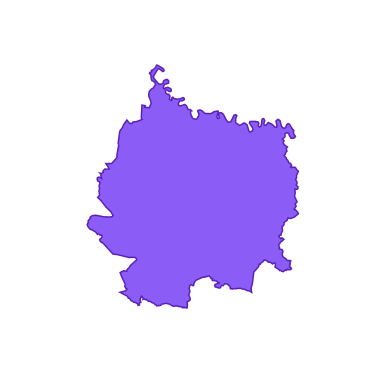 Tepalcatepec, Michoacán, Mexico (Natural Earth projection), rotated 322°
{"feature_id": "50627088B49343756541823", "entity_name": "Tepalcatepec", "entity_type": "district", "adm_level": 2, "iso_a3": "MEX", "parent_name": "Mexico", "parent_adm1": "Michoacán", "projection": "natural_earth1", "projection_center": [-102.812, 19.079], "detail": "fine", "context": "isolated", "style": "filled", "palette": "violet", "viewbox_px": 384, "rotation_deg": 322, "n_neighbors": 0, "source": "geoboundaries", "source_scale": "gbopen_adm2", "svg_char_len": 6030}
<svg xmlns="http://www.w3.org/2000/svg" viewBox="0 0 384 384"><g transform="rotate(322 192 192)"><path d="M89.5,153.0L88.8,154.4L88.7,158.4L89.8,160.1L91.5,164.3L91.4,167.2L92.6,167.3L93.0,169.4L94.0,170.0L94.1,171.3L93.6,171.8L92.0,172.5L90.1,172.5L89.4,174.0L89.6,176.0L90.2,176.6L90.5,178.4L91.5,192.1L95.0,195.8L102.2,205.0L106.2,207.8L107.0,208.9L107.1,211.0L106.5,211.4L98.1,212.0L96.1,212.8L92.9,213.2L91.7,214.3L89.7,212.0L85.8,211.2L84.5,215.1L82.6,223.7L80.9,225.0L80.5,227.6L81.1,228.3L80.8,228.8L78.9,229.0L73.5,226.7L77.0,234.6L76.4,236.4L77.0,236.7L77.4,238.8L77.0,239.5L77.2,240.4L77.8,241.1L78.1,242.9L79.2,244.0L80.4,246.9L79.7,248.2L81.0,248.7L82.5,247.0L83.9,247.4L84.3,245.5L85.2,244.9L85.3,244.3L87.9,243.1L88.3,242.5L88.0,245.8L87.3,246.4L88.0,246.5L89.2,248.3L89.8,248.3L90.4,251.5L91.6,252.2L92.6,255.1L93.5,255.9L93.6,258.3L94.3,259.2L94.2,260.2L97.7,262.1L99.2,261.8L102.9,263.7L105.2,266.4L106.8,270.4L110.4,272.8L110.7,273.8L113.0,275.9L113.2,277.3L113.9,277.8L114.7,277.6L115.0,278.7L116.1,279.4L116.4,280.3L117.5,279.8L117.9,279.0L118.9,278.2L120.6,275.5L122.0,276.0L124.0,275.9L125.1,274.6L126.2,270.8L128.3,269.8L129.5,268.5L130.3,266.3L132.9,264.3L134.3,264.5L135.0,266.4L135.5,266.7L136.1,266.5L136.6,265.7L138.1,264.8L140.5,264.0L141.7,264.2L147.8,265.7L150.2,267.3L151.2,267.3L151.9,267.9L153.8,268.5L154.1,271.2L153.7,271.8L154.7,273.1L153.7,273.7L153.8,274.7L155.0,275.2L156.7,277.8L156.8,279.2L157.4,280.4L156.8,280.5L155.4,279.6L153.0,279.1L152.3,279.6L151.9,281.2L154.3,284.5L155.5,284.9L157.5,283.8L159.0,285.0L160.2,284.6L161.8,284.8L163.1,286.1L163.8,289.7L162.8,291.8L163.3,291.9L163.8,293.2L165.1,293.6L167.3,295.5L168.2,295.6L169.5,296.9L170.6,297.3L172.2,299.7L173.2,300.6L175.2,304.3L176.3,305.1L177.2,307.8L179.1,304.4L183.3,301.2L191.3,293.2L198.5,291.8L200.5,290.3L201.5,291.0L203.2,290.3L205.0,290.6L206.7,290.1L207.4,290.4L208.8,292.4L208.7,293.8L210.7,296.1L211.1,298.3L213.4,298.4L213.7,299.8L211.2,302.3L212.8,306.6L212.7,307.9L213.4,308.3L214.1,310.0L214.9,311.0L217.4,310.8L218.0,311.9L220.0,311.7L220.4,312.9L221.8,313.8L223.2,313.6L223.4,313.1L222.8,311.1L223.5,310.9L223.8,309.8L225.1,309.3L225.6,308.1L227.4,307.2L227.3,306.5L224.8,304.6L225.0,302.9L223.7,298.9L224.7,296.7L227.3,294.5L227.6,292.9L225.6,290.5L226.8,289.6L227.7,286.9L229.5,286.7L231.2,285.8L232.4,286.2L235.3,285.9L234.7,283.5L233.1,283.2L233.2,280.1L234.1,280.0L235.8,280.8L236.8,279.5L239.4,278.4L241.6,274.7L243.5,274.8L244.9,273.9L245.7,272.7L249.5,272.9L251.4,271.6L253.3,273.5L257.1,274.8L262.5,274.6L262.9,272.8L262.6,269.6L261.7,268.9L261.9,268.4L265.0,267.5L265.6,266.6L266.0,264.9L268.7,264.5L270.1,258.6L273.1,255.9L274.7,253.1L276.6,254.6L277.4,254.5L278.7,253.2L278.4,250.7L280.3,249.6L280.9,248.8L281.3,246.1L283.2,245.0L284.6,243.3L288.6,241.1L288.2,239.0L288.6,236.3L287.0,234.7L285.5,234.1L285.1,233.4L285.3,232.7L286.6,232.7L287.2,231.4L287.2,230.0L286.3,228.7L287.0,226.0L286.7,224.2L287.3,223.2L287.0,220.0L288.3,219.8L290.8,218.4L291.9,218.3L293.0,215.8L294.9,215.3L293.7,211.3L294.4,209.2L296.2,208.1L295.7,206.1L299.2,205.8L301.1,203.4L303.2,203.6L304.3,205.4L303.5,207.3L303.1,210.6L305.0,212.1L306.5,212.4L307.8,211.8L307.9,208.7L309.5,206.4L310.2,206.1L309.9,204.2L310.5,198.7L310.2,197.6L309.6,197.2L307.8,197.3L306.2,198.5L304.7,198.9L303.8,198.4L303.0,197.1L303.0,195.3L305.3,189.9L304.5,187.6L301.8,187.8L300.0,191.7L298.4,193.0L297.3,191.8L296.7,187.7L294.9,184.2L292.3,184.7L291.2,184.7L290.4,184.1L290.1,183.4L290.8,182.3L293.2,180.6L293.7,178.4L293.0,177.8L292.2,177.8L291.5,178.2L288.8,181.0L286.7,182.6L285.3,182.5L284.8,180.9L286.9,179.0L287.2,177.5L285.4,175.4L281.1,172.1L279.7,173.0L279.2,179.1L278.6,180.3L276.8,181.0L275.0,180.6L274.4,179.8L274.4,178.7L276.7,173.3L276.2,170.6L275.5,169.6L270.6,169.0L269.1,164.7L269.7,163.4L271.9,160.8L274.4,159.4L274.3,158.7L273.9,157.9L272.3,157.3L266.3,160.4L265.0,160.3L263.7,159.5L263.3,158.8L263.5,155.4L264.5,150.5L264.5,149.1L263.9,147.6L262.8,146.7L260.9,146.7L259.3,150.1L258.7,150.6L257.5,149.8L257.7,148.1L262.2,144.9L262.4,144.5L261.9,143.8L258.7,142.3L255.2,141.9L252.1,139.4L250.4,137.8L249.9,134.0L248.9,132.4L247.3,131.4L246.3,131.8L245.2,135.5L241.1,137.3L239.9,137.1L238.0,134.8L238.0,133.7L239.2,129.2L240.4,127.9L241.2,127.4L241.7,127.7L241.3,125.8L240.0,124.9L239.8,124.3L240.7,120.6L240.3,118.6L236.2,117.2L235.1,116.0L235.0,115.0L235.9,113.8L238.3,112.7L241.0,114.4L242.8,114.5L243.4,113.6L243.3,112.6L243.0,112.0L240.1,111.3L237.4,109.7L235.4,107.4L235.4,105.8L235.0,105.3L233.9,105.4L232.5,107.3L232.1,107.2L231.2,105.1L233.8,102.7L233.8,100.6L232.4,99.5L232.3,98.7L232.4,97.5L233.3,96.0L234.3,95.7L235.0,96.1L236.0,98.9L237.1,99.8L238.1,99.3L238.8,98.2L238.6,96.9L237.3,94.6L235.0,93.6L233.6,93.7L233.3,93.1L233.5,92.2L236.5,90.2L240.4,91.8L242.0,90.2L241.7,88.8L242.0,88.4L240.8,87.4L238.7,86.9L237.8,87.1L236.1,88.4L234.6,88.4L233.5,87.6L232.2,86.1L232.0,79.4L232.4,77.3L241.0,74.0L242.0,74.9L243.2,79.2L244.6,79.3L245.3,77.7L244.8,75.7L242.6,70.4L242.2,70.2L239.9,71.5L236.1,71.7L234.9,71.2L234.4,72.5L232.5,71.9L231.6,72.3L231.5,73.4L232.0,74.4L231.1,75.2L229.6,77.7L229.0,79.7L229.8,80.7L229.8,82.0L230.4,82.4L229.4,84.8L225.6,86.2L223.3,85.9L220.4,86.4L218.1,88.3L216.9,90.0L215.4,95.2L214.6,96.8L210.4,99.3L206.8,96.1L208.3,95.2L206.1,92.7L198.4,101.5L197.1,103.6L197.2,104.1L192.0,102.5L188.4,100.5L186.7,101.1L185.0,99.1L185.0,95.2L180.3,96.6L176.2,98.6L173.3,99.3L171.9,100.2L164.0,107.9L162.9,110.1L155.6,116.6L154.2,118.6L146.5,120.1L144.7,119.2L144.4,118.4L142.7,117.6L141.7,116.6L141.1,122.8L139.7,122.2L137.4,120.2L135.0,120.6L134.3,121.1L134.0,121.9L131.9,121.7L131.1,120.6L131.2,122.0L130.4,122.8L129.1,125.7L128.5,123.9L127.6,122.8L126.2,122.5L124.8,124.0L124.5,125.8L125.6,127.3L124.6,128.5L122.6,129.9L121.0,132.7L119.3,133.9L117.4,137.4L114.3,138.3L115.0,143.2L115.0,151.3L115.9,157.5L115.3,162.1L113.7,162.2L111.8,161.1L107.4,157.4L101.7,150.9L98.7,149.2L96.3,149.1L95.6,150.1L92.5,150.7L91.4,152.2L89.5,153.0Z" fill="#8b5cf6" stroke="#5b21b6" stroke-width="1.5"/></g></svg>